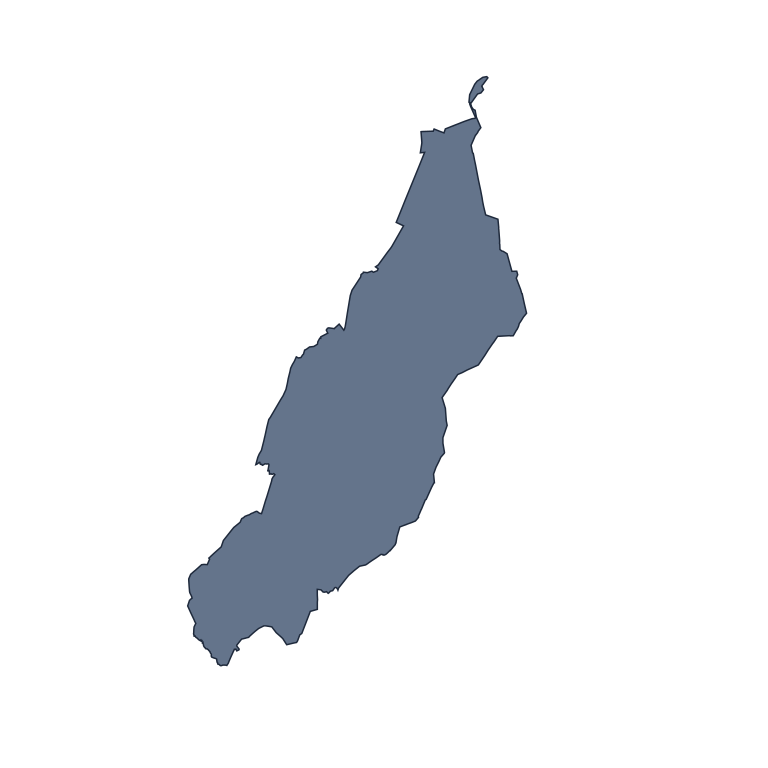 Iršu pag., Kokneses, Latvia (Robinson projection), rotated 113°
{"feature_id": "27541924B71270592653243", "entity_name": "Iršu pag.", "entity_type": "district", "adm_level": 2, "iso_a3": "LVA", "parent_name": "Latvia", "parent_adm1": "Kokneses", "projection": "robinson", "projection_center": [25.608, 56.781], "detail": "fine", "context": "isolated", "style": "filled", "palette": "slate", "viewbox_px": 768, "rotation_deg": 113, "n_neighbors": 0, "source": "geoboundaries", "source_scale": "gbopen_adm2", "svg_char_len": 5931}
<svg xmlns="http://www.w3.org/2000/svg" viewBox="0 0 768 768"><g transform="rotate(113 384 384)"><path d="M704.5,419.2L704.5,418.7L701.6,418.2L700.5,418.3L695.3,418.3L686.9,418.1L687.0,417.9L685.9,416.8L687.2,415.2L685.3,413.6L684.6,413.8L682.8,417.0L682.7,417.0L682.0,417.5L678.4,416.5L674.5,415.4L672.4,412.6L671.4,411.4L670.1,409.6L668.6,409.1L664.7,407.3L662.0,406.0L658.3,404.0L657.7,403.6L653.6,400.1L652.9,398.5L652.1,395.4L651.4,392.4L655.0,386.1L657.1,379.8L657.9,377.7L660.5,373.9L662.0,371.7L657.8,366.0L656.1,363.5L654.3,363.2L647.8,363.5L645.8,362.2L622.1,363.0L617.5,357.3L610.9,360.1L608.5,360.9L604.4,362.9L599.1,365.2L598.1,361.6L599.3,358.8L598.8,357.2L597.6,355.8L598.5,353.6L597.3,352.9L595.7,352.4L594.3,350.5L593.4,350.3L591.2,349.9L590.6,349.6L590.2,349.0L590.1,348.4L590.2,347.9L591.1,346.5L591.7,345.9L589.6,346.1L574.0,341.8L567.8,338.8L561.3,335.3L557.7,330.2L555.5,328.7L555.0,328.5L551.2,326.1L547.2,323.4L542.0,320.2L541.4,318.3L541.8,318.0L541.5,317.2L541.2,316.7L540.8,316.4L540.2,315.8L538.4,314.9L534.8,313.4L534.9,313.2L527.5,310.9L525.7,311.1L525.6,310.9L519.5,312.4L509.4,313.6L503.0,306.9L500.8,304.5L497.9,301.6L497.1,301.3L493.2,300.1L492.4,300.7L492.1,300.8L489.1,300.7L484.8,300.7L484.7,300.6L474.6,300.7L473.8,300.1L460.5,299.8L455.5,299.4L455.2,299.0L447.5,303.2L440.3,303.6L433.8,303.2L429.2,303.1L424.3,301.5L423.5,301.5L415.5,306.6L410.4,308.8L397.4,309.7L393.7,312.2L382.4,318.0L373.8,325.2L365.0,323.3L363.1,323.1L357.8,322.2L350.9,320.7L346.5,319.9L343.0,316.5L338.5,312.8L329.6,304.6L318.0,302.3L312.2,301.4L307.8,300.5L304.3,299.8L303.0,299.4L295.7,298.0L290.4,287.2L290.4,286.7L289.1,283.9L283.2,283.2L281.4,282.8L278.4,282.7L275.5,283.1L272.5,282.5L267.8,281.8L263.2,280.4L254.7,286.6L246.9,292.1L246.9,292.5L243.6,295.2L234.9,303.6L231.2,303.6L228.3,305.9L230.3,310.3L216.0,321.6L215.3,326.1L215.5,327.3L215.5,327.6L214.9,329.8L210.2,332.0L209.6,332.5L207.0,333.5L196.7,338.8L196.6,339.0L195.0,339.6L187.8,343.5L188.1,348.4L188.6,356.5L181.6,361.7L177.5,364.5L174.4,366.4L167.7,370.9L159.3,376.8L146.3,385.5L142.9,387.9L139.3,390.3L136.8,392.0L136.6,392.8L131.0,396.6L130.2,397.1L119.5,397.0L119.5,396.9L115.8,396.0L114.8,396.1L110.2,395.0L102.3,403.2L96.4,407.1L96.3,409.0L94.9,411.4L92.1,413.8L80.5,411.2L78.2,408.5L74.2,407.4L71.8,410.2L71.6,410.0L71.1,410.3L70.4,410.3L69.6,409.9L61.6,408.0L60.9,409.5L63.1,412.9L68.9,416.6L72.6,417.6L84.2,418.2L91.4,415.9L91.4,414.8L92.3,414.8L92.8,414.5L94.8,412.6L96.2,411.1L102.2,404.7L102.5,404.3L102.8,404.1L103.8,403.9L105.4,406.6L110.3,412.0L112.6,414.4L115.0,416.8L117.8,419.7L125.2,427.2L129.4,426.9L129.6,431.1L129.7,437.5L132.1,437.5L133.2,440.0L136.9,447.9L137.3,448.5L145.4,444.3L147.2,443.4L149.4,442.8L157.0,440.9L154.9,437.1L170.2,436.8L208.1,436.3L212.6,436.2L230.5,435.9L230.8,427.8L253.9,430.5L256.1,430.9L261.9,432.4L276.6,435.8L279.5,437.6L280.2,434.4L282.3,434.4L285.3,437.4L284.9,439.3L288.0,442.8L289.1,446.6L289.4,446.5L289.9,446.6L292.2,447.9L294.6,447.3L305.3,449.2L310.1,450.1L315.8,449.6L332.8,445.5L342.3,443.1L346.6,442.1L349.3,441.8L349.7,441.9L349.7,442.1L350.1,442.1L346.4,448.7L352.0,451.3L352.4,451.3L353.9,456.8L354.8,457.8L356.9,458.2L359.2,455.6L365.2,460.6L366.7,460.1L366.9,461.0L370.9,461.4L373.4,460.8L376.9,463.3L379.0,467.0L382.3,469.0L383.8,470.3L388.1,469.8L389.1,470.3L392.1,470.8L393.5,473.0L393.3,475.3L398.2,475.4L401.8,475.9L405.9,476.1L409.3,475.4L416.3,474.3L421.2,473.2L427.3,472.1L434.3,472.3L438.7,473.0L458.1,475.5L458.5,475.5L461.7,476.2L468.8,475.1L477.6,473.4L480.1,473.0L482.7,472.5L493.0,470.9L497.3,471.5L500.1,471.5L500.8,471.5L508.3,470.5L507.6,469.8L506.9,469.3L505.2,468.4L504.6,467.8L504.6,467.7L505.9,466.9L506.1,466.6L506.1,466.3L506.1,465.9L505.7,465.2L506.3,464.4L506.3,464.1L506.0,463.8L505.5,463.4L504.5,462.8L504.0,462.4L503.8,461.8L503.5,460.7L503.0,459.9L502.7,459.1L502.9,458.7L503.4,458.3L508.7,457.1L508.9,457.2L509.2,457.1L509.4,456.8L508.9,456.3L508.6,456.0L509.2,455.5L511.7,454.2L511.4,453.6L511.1,453.4L510.8,452.9L511.0,452.6L510.6,451.3L509.6,450.5L510.0,449.1L510.6,449.1L513.1,449.8L515.2,450.0L517.4,449.5L533.6,447.8L537.6,447.5L546.5,446.5L551.2,446.1L551.6,448.1L551.4,449.1L551.0,450.4L550.9,451.2L551.0,451.5L551.3,452.0L552.8,453.4L554.0,454.4L554.5,455.0L555.3,455.8L555.9,456.1L557.1,457.0L558.0,458.1L560.2,460.3L561.9,461.1L562.5,461.5L563.0,462.0L563.5,462.3L564.1,462.4L567.5,462.4L574.7,466.2L578.1,467.2L590.8,470.7L597.5,470.2L606.2,474.3L612.7,477.2L613.4,476.1L619.3,476.1L620.4,479.2L621.6,481.3L629.1,484.8L630.4,485.5L634.7,487.6L639.5,487.6L640.4,487.3L646.8,484.1L650.8,482.0L652.0,481.2L654.5,478.3L654.8,478.1L654.9,477.9L656.2,477.0L657.3,477.7L659.2,478.5L665.0,478.0L669.9,472.7L675.7,466.2L676.3,465.7L677.9,463.7L681.8,463.9L682.2,463.8L684.9,462.9L687.5,461.9L688.1,461.8L688.6,461.5L688.9,461.3L689.0,461.0L689.6,460.8L689.8,460.3L690.3,460.2L690.2,459.9L689.8,459.4L690.3,458.8L690.7,458.1L691.0,456.5L691.7,454.9L692.0,453.6L692.0,453.0L691.9,452.9L691.4,452.7L691.7,452.5L691.3,452.2L691.6,451.9L692.1,451.8L692.1,451.7L691.8,451.4L692.2,451.4L692.3,450.9L692.5,450.2L692.4,449.9L693.0,449.9L692.8,449.6L693.6,449.3L693.6,449.2L693.7,448.9L694.3,448.5L694.5,448.4L695.5,447.7L696.2,446.9L696.7,445.8L696.8,445.3L696.9,445.2L697.3,444.9L697.3,444.7L697.3,444.1L697.0,443.7L696.9,443.2L697.2,442.5L697.3,441.8L697.8,441.2L697.9,440.5L698.2,440.2L698.4,439.8L698.4,439.7L698.6,439.4L699.0,439.2L699.4,438.7L699.9,437.8L700.3,437.3L701.1,437.0L701.5,436.9L702.1,436.6L702.6,436.1L702.7,435.9L702.7,435.7L702.7,435.4L702.7,433.8L702.5,432.0L702.5,431.4L702.6,430.8L702.6,430.6L702.8,430.5L703.1,430.2L703.5,430.1L704.1,429.7L704.6,429.4L705.0,429.2L705.4,428.8L705.3,428.6L705.5,428.3L706.3,427.9L706.7,427.6L706.8,427.3L706.6,426.5L706.6,426.0L707.1,425.0L707.0,424.5L707.1,424.2L706.7,423.5L705.7,422.5L704.9,420.6L704.7,420.0L704.7,419.9L704.5,419.2Z" fill="#64748b" stroke="#1e293b" stroke-width="1.5"/></g></svg>